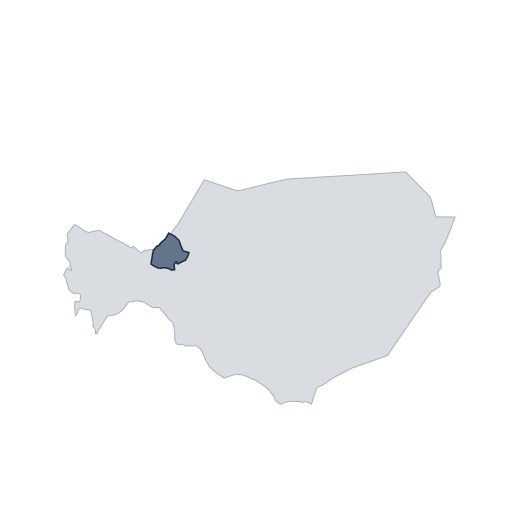 Tillia, Tahoua, Niger (highlighted), rotated 31°
{"feature_id": "23599985B40327375212482", "entity_name": "Tillia", "entity_type": "district", "adm_level": 2, "iso_a3": "NER", "parent_name": "Niger", "parent_adm1": "Tahoua", "projection": "robinson", "projection_center": [4.569, 15.899], "detail": "fine", "context": "in_parent", "style": "filled", "palette": "slate", "viewbox_px": 512, "rotation_deg": 31, "n_neighbors": 0, "source": "geoboundaries", "source_scale": "gbopen_adm2", "svg_char_len": 3966}
<svg xmlns="http://www.w3.org/2000/svg" viewBox="0 0 512 512"><g transform="rotate(31 256 256)"><path d="M379.7,354.4L375.7,354.5L373.4,355.3L370.6,357.8L367.4,358.7L363.5,360.9L361.0,362.6L358.7,364.0L355.5,367.3L354.5,369.9L351.3,370.4L346.9,369.9L344.0,367.4L337.5,364.7L333.2,363.6L331.2,363.3L321.2,362.8L310.6,363.9L305.1,365.1L304.1,365.4L301.0,367.0L298.5,368.8L291.6,377.0L282.4,376.7L277.0,375.8L272.5,374.5L265.9,370.7L257.9,364.9L254.9,364.1L252.1,363.6L251.2,363.7L241.7,369.5L239.8,369.4L237.6,370.0L236.1,371.5L235.0,372.2L233.9,372.3L232.4,372.0L230.9,371.1L229.4,369.5L225.5,363.0L224.7,361.9L223.0,360.0L220.2,357.0L218.2,355.6L217.1,355.2L215.7,355.5L208.0,352.9L200.4,350.2L198.7,350.5L197.5,351.1L194.9,353.1L191.8,353.5L187.8,353.3L185.6,353.1L182.1,353.7L179.8,354.5L176.7,355.9L172.8,359.6L171.6,360.1L170.7,360.7L169.4,370.8L168.3,373.9L166.3,377.9L162.3,381.7L159.6,384.1L159.5,387.2L159.3,392.4L159.3,395.9L159.5,398.2L159.0,399.3L158.8,400.3L159.0,401.8L159.6,402.5L160.0,403.4L159.7,404.2L158.5,405.1L157.0,402.8L155.2,401.2L153.2,400.5L151.9,399.3L151.2,397.6L148.6,394.5L142.6,388.2L142.0,388.0L141.0,387.8L139.3,388.5L138.2,389.6L137.5,390.0L136.4,390.0L133.5,390.8L131.3,391.8L131.2,392.7L132.3,397.5L131.8,400.0L130.7,398.8L127.5,394.0L125.2,390.4L124.8,389.6L124.5,388.4L124.7,387.9L125.6,387.5L127.7,387.0L128.1,386.7L128.2,385.7L127.9,383.9L126.7,381.4L125.5,379.8L124.8,379.4L123.6,379.4L122.2,379.6L119.7,381.6L118.5,382.0L115.9,381.8L113.6,381.4L112.1,380.4L107.9,376.4L103.2,372.2L101.3,371.6L100.8,371.2L100.5,367.9L100.6,364.0L100.9,363.0L102.8,363.6L104.9,363.9L105.6,363.2L103.9,361.8L101.5,360.4L100.7,358.3L100.0,357.6L98.9,356.8L97.7,356.4L96.4,355.8L95.6,355.2L94.2,354.9L92.7,354.5L90.6,351.0L88.6,347.7L87.4,345.1L87.0,343.5L87.6,340.8L87.0,339.7L84.7,337.0L82.8,334.4L83.3,330.5L83.7,327.2L83.7,325.2L84.0,324.0L84.3,322.7L85.5,322.3L88.8,322.3L95.1,322.9L100.1,322.2L100.4,322.1L104.0,318.6L107.9,314.9L113.9,314.5L120.3,314.2L125.3,314.0L132.6,313.7L138.6,313.4L145.4,313.2L145.6,311.5L146.1,311.0L146.7,311.0L151.8,311.9L156.5,312.8L156.9,309.6L161.1,305.6L163.4,304.8L164.0,304.1L164.8,302.7L165.2,300.6L165.4,299.1L166.3,297.9L166.9,295.6L167.8,291.7L170.2,287.5L171.5,281.9L171.7,276.4L172.0,272.3L172.7,271.4L172.6,264.0L172.6,256.6L172.6,250.4L172.6,242.6L172.6,235.7L172.5,228.3L172.5,221.7L172.5,217.3L177.3,216.2L182.2,215.1L189.5,213.5L197.3,211.8L205.8,209.9L207.8,208.8L214.2,202.4L217.1,199.5L222.9,193.8L227.3,189.4L232.9,183.8L238.9,178.1L243.7,173.6L251.1,168.5L262.4,160.8L273.6,153.1L284.9,145.4L296.1,137.7L307.3,130.0L318.5,122.3L329.7,114.6L340.9,106.9L352.2,109.8L363.0,112.6L373.9,115.4L376.5,116.9L382.3,122.4L389.8,129.5L390.1,129.6L390.4,129.6L397.4,125.4L406.6,120.1L409.2,134.6L411.2,147.2L411.5,155.1L411.6,157.2L412.4,158.6L414.1,160.0L421.2,171.6L419.7,173.6L420.8,177.1L422.6,178.7L428.5,185.5L429.2,186.9L428.9,188.0L425.1,196.1L424.4,198.1L423.8,208.4L423.3,215.6L422.7,225.6L422.0,237.6L421.4,247.7L420.6,261.0L419.9,273.6L414.2,280.5L404.1,292.8L395.9,302.8L391.8,309.5L383.8,322.6L380.3,331.1L377.4,335.5L376.0,337.4L377.3,343.6L379.7,354.4Z" fill="#d9dde1" stroke="#a8b0b8" stroke-width="1"/><path d="M170.2,317.0L175.3,317.2L176.3,316.7L178.4,316.8L179.8,315.8L180.5,315.8L181.9,314.4L183.0,313.5L186.9,311.9L189.7,311.7L191.4,311.2L193.3,309.6L190.3,305.7L190.2,305.0L190.2,302.8L190.9,302.0L191.8,303.0L193.1,303.1L194.6,300.5L197.0,296.9L197.8,295.9L197.6,291.2L196.8,287.6L193.3,288.5L192.2,288.8L191.3,289.0L190.8,288.9L189.9,288.5L188.7,287.7L188.2,287.2L187.4,286.8L185.4,285.1L183.8,283.8L182.6,282.8L181.8,282.3L179.6,281.8L176.3,281.0L172.4,281.1L170.9,281.3L169.4,281.3L169.5,288.6L168.7,290.3L168.4,291.8L167.4,294.6L167.5,295.1L167.8,296.3L167.6,297.0L166.8,297.8L166.4,297.9L166.0,298.6L165.9,300.0L165.6,302.1L165.0,304.0L165.8,305.7L166.5,308.2L166.8,308.5L168.6,313.2L169.1,314.5L170.2,317.0Z" fill="#64748b" stroke="#1e293b" stroke-width="1.5"/></g></svg>